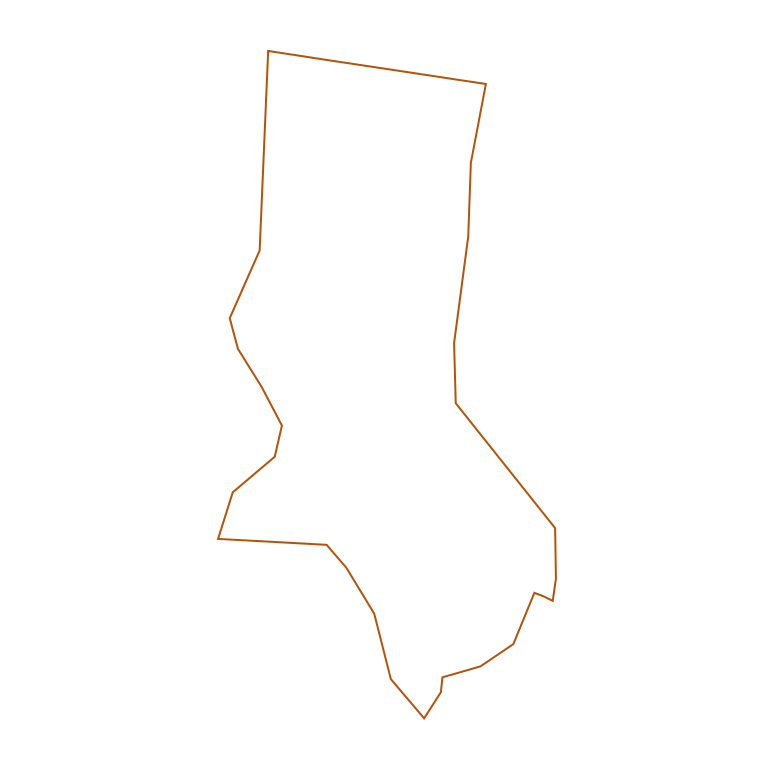 Rubirizi, orthographic projection, rotated 89°
{"feature_id": "UGA-5621", "entity_name": "Rubirizi", "entity_type": "District", "adm_level": 1, "iso_a3": "UGA", "parent_name": "Uganda", "parent_adm1": "", "projection": "orthographic", "projection_center": [30.01, -0.246], "detail": "fine", "context": "isolated", "style": "outline", "palette": "amber", "viewbox_px": 768, "rotation_deg": 89, "n_neighbors": 0, "source": "natural_earth", "source_scale": "10m", "svg_char_len": 554}
<svg xmlns="http://www.w3.org/2000/svg" viewBox="0 0 768 768"><g transform="rotate(89 384 384)"><path d="M49.0,494.0L56.0,453.0L59.0,435.8L75.3,339.0L81.3,303.8L85.8,276.9L164.5,293.3L238.0,297.2L344.3,313.2L404.5,312.6L531.1,215.4L581.7,215.5L603.8,219.1L599.2,227.9L595.4,237.3L646.3,259.2L668.0,292.5L678.3,330.7L693.1,332.5L719.0,349.7L679.2,382.3L613.4,397.8L567.0,424.9L543.8,444.2L536.0,552.6L489.6,537.1L454.8,494.5L423.8,486.8L385.1,506.2L346.4,529.4L315.5,537.1L248.3,506.0L49.0,494.0Z" fill="none" stroke="#b45309" stroke-width="2"/></g></svg>